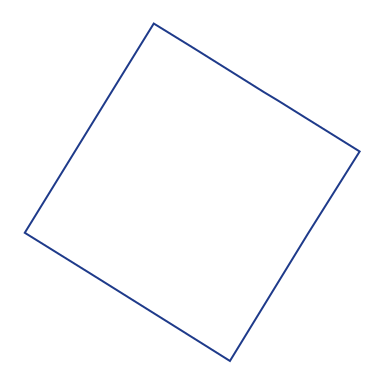 outline of Kingfisher, Oklahoma, United States of America, rotated 212°
{"feature_id": "52423323B31059219556593", "entity_name": "Kingfisher", "entity_type": "district", "adm_level": 2, "iso_a3": "USA", "parent_name": "United States of America", "parent_adm1": "Oklahoma", "projection": "albers", "projection_center": [-97.987, 35.945], "detail": "fine", "context": "isolated", "style": "outline", "palette": "blue", "viewbox_px": 384, "rotation_deg": 212, "n_neighbors": 0, "source": "geoboundaries", "source_scale": "gbopen_adm2", "svg_char_len": 325}
<svg xmlns="http://www.w3.org/2000/svg" viewBox="0 0 384 384"><g transform="rotate(212 192 192)"><path d="M71.3,315.2L135.5,315.1L167.8,315.1L184.1,314.8L265.3,314.9L313.7,314.6L313.3,238.9L312.2,68.8L231.7,69.0L118.5,68.9L70.3,68.8L71.6,218.0L71.5,250.3L71.3,315.2Z" fill="none" stroke="#1e3a8a" stroke-width="2"/></g></svg>